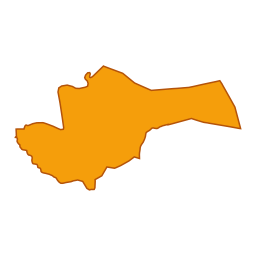 outline of Sharg An Neel, Khartoum, Sudan
{"feature_id": "16777658B39366456594232", "entity_name": "Sharg An Neel", "entity_type": "district", "adm_level": 2, "iso_a3": "SDN", "parent_name": "Sudan", "parent_adm1": "Khartoum", "projection": "orthographic", "projection_center": [33.17, 15.691], "detail": "fine", "context": "isolated", "style": "filled", "palette": "amber", "viewbox_px": 256, "rotation_deg": 0, "n_neighbors": 0, "source": "geoboundaries", "source_scale": "gbopen_adm2", "svg_char_len": 3003}
<svg xmlns="http://www.w3.org/2000/svg" viewBox="0 0 256 256"><path d="M240.6,128.6L234.9,107.1L231.5,101.0L225.6,90.5L222.5,85.0L222.3,84.6L222.0,84.0L219.8,80.7L215.9,81.6L202.2,84.5L195.2,86.1L192.9,86.6L191.4,86.9L190.3,87.1L189.1,87.4L178.1,88.3L176.9,88.4L173.3,88.6L151.3,90.4L141.3,86.0L134.6,83.0L132.0,80.9L125.4,75.5L122.7,73.3L113.0,69.7L110.0,68.6L107.9,67.8L106.3,67.2L104.2,66.4L103.9,66.3L103.5,66.2L103.4,66.1L93.3,75.9L92.1,76.9L90.7,77.6L89.7,77.3L89.6,76.6L89.8,75.6L90.3,73.9L89.7,72.6L87.7,72.8L85.6,75.1L84.7,77.6L85.4,79.2L87.3,81.0L88.1,83.5L87.6,86.2L85.4,87.2L79.3,88.5L75.7,88.3L72.5,86.5L67.2,85.1L61.7,86.0L58.8,87.9L58.0,92.0L59.7,101.1L60.1,103.4L62.3,117.9L63.7,127.8L63.3,129.3L60.5,129.6L57.9,128.5L53.2,126.3L46.8,123.9L44.1,123.0L43.4,122.8L42.5,122.7L36.8,122.8L32.7,123.7L29.1,125.2L28.6,125.4L27.9,125.5L27.3,125.5L26.4,125.1L25.9,125.1L25.1,125.8L24.7,126.8L24.3,127.8L24.0,129.0L23.1,129.0L22.3,129.0L21.2,129.0L17.7,129.0L16.1,129.1L16.2,131.5L16.3,133.4L16.3,134.9L16.5,136.6L15.6,136.9L15.4,137.4L16.4,137.5L17.2,138.2L17.5,139.2L17.2,139.9L17.1,141.4L17.3,141.7L17.5,142.4L18.1,143.2L18.4,143.6L18.8,144.1L19.5,144.5L19.8,144.8L19.9,146.0L20.1,147.1L20.7,147.8L21.4,148.7L21.7,149.2L22.9,149.8L24.2,150.0L25.0,150.1L26.7,150.5L26.8,151.3L27.0,152.2L27.4,153.4L27.9,154.3L28.6,155.0L29.0,155.1L29.5,155.1L30.1,155.4L30.6,155.5L31.0,155.7L31.3,156.0L31.8,156.4L32.1,157.2L32.2,158.1L32.1,158.7L32.0,159.3L31.9,159.8L31.9,160.3L31.9,160.8L32.0,161.3L32.2,161.9L32.3,162.4L32.4,162.8L32.7,163.3L33.4,163.7L33.4,163.8L33.6,163.8L36.9,164.4L37.5,165.4L37.7,166.6L37.9,167.4L38.5,167.7L40.0,168.1L40.5,168.7L40.8,169.7L40.9,170.3L41.0,170.8L41.0,171.1L41.1,171.5L41.5,172.0L42.2,172.4L43.1,172.8L44.4,173.1L45.0,173.2L46.3,173.5L47.4,173.8L49.0,174.2L49.6,174.4L50.3,174.8L50.6,174.9L51.1,175.1L52.3,175.6L52.8,176.0L53.3,176.5L53.6,176.8L54.5,177.2L54.9,177.4L55.4,177.5L55.9,177.8L56.3,178.3L56.7,178.9L57.3,179.9L57.6,180.4L59.1,182.1L60.7,183.2L62.2,183.3L63.7,183.1L65.6,182.6L68.5,182.1L71.0,181.7L73.4,180.8L75.7,180.4L77.7,180.0L82.7,181.4L86.9,188.4L89.4,189.9L91.4,189.4L93.0,189.5L94.2,189.4L94.9,187.8L95.2,181.3L95.1,179.6L100.9,176.3L101.8,175.8L106.9,167.0L114.5,168.2L115.7,167.8L120.6,165.6L129.0,160.9L134.3,156.9L134.8,157.1L139.5,158.5L139.4,154.6L139.5,152.9L140.0,149.7L140.2,147.6L140.7,146.0L141.6,144.4L143.2,142.1L144.6,139.0L145.4,136.5L145.8,133.8L146.0,133.0L146.6,132.2L147.7,131.4L148.8,130.8L149.7,130.2L150.1,129.9L150.8,129.3L151.4,128.6L151.7,128.3L152.6,128.0L153.2,127.9L153.8,128.1L154.3,128.2L154.7,128.3L155.5,128.4L156.2,128.5L156.8,128.5L157.5,128.4L158.2,128.0L159.1,127.4L159.4,127.1L160.0,126.8L160.5,126.6L161.0,126.5L161.7,126.2L163.0,125.6L163.5,125.6L165.2,125.1L168.1,124.4L168.1,124.8L172.4,123.7L183.7,120.6L191.4,118.5L196.6,120.2L200.9,121.5L203.6,122.3L204.7,122.5L206.2,122.7L207.1,122.8L209.6,123.3L213.8,124.0L229.7,126.7L239.1,128.4L240.6,128.6Z" fill="#f59e0b" stroke="#b45309" stroke-width="1.5"/></svg>